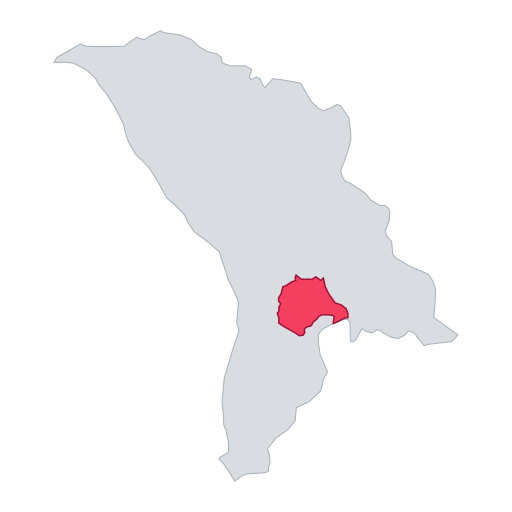 where Cimişlia sits in Moldova
{"feature_id": "MDA-1633", "entity_name": "Cimişlia", "entity_type": "District", "adm_level": 1, "iso_a3": "MDA", "parent_name": "Moldova", "parent_adm1": "", "projection": "equal_earth", "projection_center": [28.851, 46.62], "detail": "fine", "context": "in_parent", "style": "filled", "palette": "rose", "viewbox_px": 512, "rotation_deg": 0, "n_neighbors": 0, "source": "natural_earth", "source_scale": "10m", "svg_char_len": 2629}
<svg xmlns="http://www.w3.org/2000/svg" viewBox="0 0 512 512"><path d="M54.1,62.6L56.6,57.6L80.4,44.0L86.5,46.2L98.8,46.7L124.0,46.3L136.5,37.3L144.1,39.8L150.4,35.8L160.8,30.7L162.2,31.8L163.5,32.6L179.6,34.8L191.6,39.7L199.7,47.2L207.9,51.8L216.5,53.6L221.3,57.4L222.2,63.0L230.2,65.8L245.4,65.8L251.8,69.5L249.4,77.1L251.0,79.6L256.4,77.0L260.4,79.2L262.6,84.8L265.0,87.5L272.7,78.7L280.9,79.6L300.6,83.2L311.1,101.4L317.7,108.0L323.4,110.7L330.7,107.8L337.2,104.4L340.9,106.0L348.9,118.1L350.8,133.9L350.7,140.4L347.9,151.1L343.9,162.6L340.7,170.1L342.1,176.1L345.0,181.1L349.7,182.8L365.0,193.0L370.8,200.0L379.1,205.3L385.4,205.6L388.7,208.5L389.9,212.1L389.1,221.2L385.6,229.7L386.1,235.2L391.7,241.7L392.3,249.2L392.7,254.1L395.7,257.9L409.8,266.2L428.2,274.2L432.9,281.2L435.7,289.9L434.9,304.7L433.8,317.5L457.9,334.9L455.2,338.1L451.5,341.6L428.6,344.3L424.0,345.7L413.9,332.7L408.7,331.0L403.8,335.8L398.0,338.5L391.1,337.2L383.6,333.1L379.9,330.3L376.9,329.9L372.3,332.8L366.1,331.6L362.0,328.4L356.2,339.4L352.7,341.8L350.4,341.4L350.0,322.6L348.3,319.8L343.6,319.3L332.5,323.8L321.9,329.6L318.3,334.7L318.6,344.0L320.2,355.0L327.5,371.8L323.5,379.2L320.7,390.9L309.2,401.6L296.3,407.8L295.2,420.6L288.0,429.4L275.8,438.2L267.5,448.7L269.6,456.0L270.1,462.8L268.6,467.5L268.3,471.1L265.1,472.7L246.3,474.0L241.0,476.2L234.8,481.3L229.0,471.7L223.1,463.3L218.8,458.8L220.7,456.7L225.4,454.4L228.8,451.6L228.4,441.6L226.0,430.2L223.7,424.6L223.5,416.0L222.0,402.5L224.3,377.5L233.8,346.2L239.1,330.7L236.6,322.2L238.6,302.3L234.6,292.5L228.3,279.7L219.4,252.0L208.2,242.3L194.3,231.7L188.5,223.7L184.5,214.9L176.3,206.2L166.9,198.2L155.8,178.2L150.0,169.1L148.2,166.7L135.4,153.9L128.7,142.4L125.4,132.9L123.5,124.1L114.6,106.8L106.5,93.8L98.8,84.6L95.3,78.0L86.3,69.8L73.4,63.2L65.0,62.1L54.1,62.6Z" fill="#d9dde1" stroke="#a8b0b8" stroke-width="1"/><path d="M347.9,317.7L345.5,317.7L335.4,322.8L333.2,323.5L333.6,320.4L334.2,316.5L332.0,315.1L323.7,314.7L321.2,315.1L318.7,316.5L317.1,318.9L313.2,322.0L312.1,324.3L310.4,326.2L307.9,326.5L304.5,328.6L304.6,332.7L303.2,335.1L299.3,335.7L294.4,332.4L283.8,326.5L278.7,323.0L279.0,318.5L277.9,314.9L277.3,313.2L278.9,311.1L278.9,308.9L279.1,306.7L280.0,305.1L280.6,303.5L278.7,301.4L278.5,298.2L281.2,293.5L282.8,286.9L286.1,285.6L289.1,283.5L292.3,281.6L295.7,280.6L295.1,277.8L296.1,275.1L301.2,279.2L306.5,279.3L309.2,279.1L312.0,279.5L314.0,277.9L315.9,276.8L319.7,279.7L320.4,280.1L321.2,280.2L323.3,278.0L325.4,287.1L329.0,294.3L335.1,302.9L341.2,304.9L346.1,308.7L347.9,313.7L347.9,317.6L347.9,317.7Z" fill="#f43f5e" stroke="#9f1239" stroke-width="1.5"/></svg>